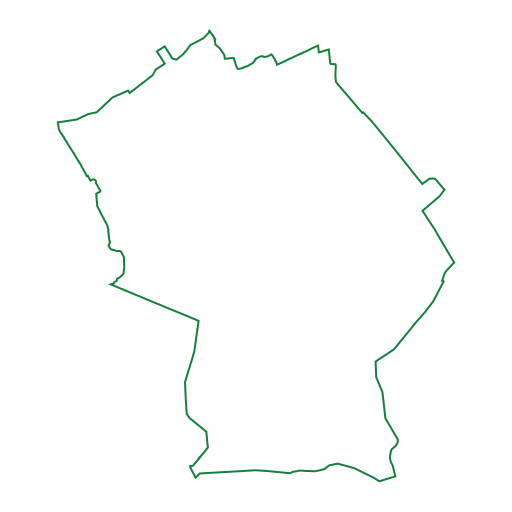 Nunspeet, Gelderland, Netherlands
{"feature_id": "6326949B93829064241629", "entity_name": "Nunspeet", "entity_type": "district", "adm_level": 2, "iso_a3": "NLD", "parent_name": "Netherlands", "parent_adm1": "Gelderland", "projection": "albers", "projection_center": [5.765, 52.337], "detail": "fine", "context": "isolated", "style": "outline", "palette": "green", "viewbox_px": 512, "rotation_deg": 0, "n_neighbors": 0, "source": "geoboundaries", "source_scale": "gbopen_adm2", "svg_char_len": 5610}
<svg xmlns="http://www.w3.org/2000/svg" viewBox="0 0 512 512"><path d="M395.3,476.3L392.7,465.6L392.2,464.6L391.0,462.5L390.2,459.4L390.0,458.2L390.1,455.7L390.6,453.0L390.9,451.2L391.0,450.7L391.3,450.2L391.6,449.6L392.0,449.1L392.3,448.7L393.6,447.7L394.2,447.1L395.4,446.3L395.8,445.9L396.1,445.2L396.6,444.6L397.6,442.5L397.7,442.0L397.9,439.7L395.9,436.2L394.7,434.2L385.5,418.5L385.4,418.3L385.4,418.0L385.0,414.9L383.1,397.8L382.4,392.1L377.7,380.8L376.2,377.1L375.7,363.7L375.6,361.6L379.1,359.2L391.8,350.8L394.2,349.1L394.3,349.0L395.5,347.5L408.0,332.2L415.5,322.9L417.9,320.1L425.4,311.7L427.0,309.4L433.3,301.3L437.2,293.8L438.5,291.2L443.6,281.6L443.6,281.4L443.5,281.2L443.4,281.0L442.6,280.3L442.3,280.4L444.9,272.8L445.3,272.1L446.2,271.1L452.1,264.6L454.2,262.6L450.5,256.5L434.2,228.6L428.1,219.4L422.5,210.8L439.0,196.7L439.8,195.9L441.4,193.8L442.3,192.6L444.4,189.7L437.4,181.5L436.7,180.6L434.9,178.7L432.3,178.5L429.5,178.7L424.0,182.7L422.4,184.0L417.3,177.8L399.8,155.8L390.4,144.2L380.7,132.2L371.1,120.6L363.2,112.4L362.3,112.9L336.9,83.2L336.6,82.7L336.0,81.9L335.9,81.5L335.6,78.4L335.4,76.3L335.4,75.2L335.4,74.6L335.5,71.6L335.8,67.2L335.7,65.3L335.5,64.4L335.4,64.2L335.2,64.1L331.1,64.1L330.6,63.7L330.2,63.2L328.8,49.5L323.9,50.9L323.8,51.0L318.8,52.4L318.5,49.2L318.1,45.6L315.0,46.9L306.6,51.0L302.3,52.9L301.7,53.3L301.7,53.2L300.4,53.8L294.0,56.8L292.0,57.7L291.7,58.0L291.4,58.0L287.8,59.7L283.8,61.7L280.5,63.1L277.9,64.3L277.1,64.7L276.8,63.9L276.5,62.5L276.4,62.1L276.2,61.9L275.8,61.5L275.6,61.1L275.1,60.1L274.9,59.4L274.1,58.5L273.5,57.2L272.6,55.8L271.8,54.8L271.2,54.5L271.1,54.4L269.3,55.6L268.1,56.1L267.6,56.4L266.8,56.5L265.6,56.8L264.2,56.9L263.6,56.9L263.2,56.8L262.7,56.2L261.1,56.3L259.8,56.7L259.2,57.0L255.6,58.9L255.4,59.2L255.5,59.9L255.4,60.1L254.4,61.0L253.7,61.9L253.1,62.5L252.6,63.1L252.0,63.5L247.7,66.0L247.0,66.2L243.7,67.3L243.8,67.4L242.4,68.1L240.1,68.6L237.9,69.0L237.2,68.1L236.8,67.5L236.6,66.9L234.9,61.9L233.9,58.4L233.8,58.1L232.3,58.2L230.2,58.1L228.6,58.5L224.8,58.7L224.4,55.4L224.2,55.0L223.4,53.6L221.0,50.0L220.2,48.9L219.7,48.3L219.2,47.8L218.3,47.1L217.3,46.1L216.4,45.5L215.5,44.8L215.5,44.1L215.2,42.8L215.1,41.9L214.9,41.2L214.8,40.8L214.6,40.4L214.9,40.3L215.1,40.1L215.3,39.8L215.3,39.6L215.2,39.4L214.8,39.4L214.7,39.3L214.7,39.2L214.9,38.9L214.5,38.4L214.3,37.9L214.1,37.7L213.9,37.4L214.0,37.1L213.8,36.7L213.3,36.2L213.0,35.9L212.9,35.8L212.8,35.2L212.2,34.6L211.9,34.3L211.8,34.1L209.5,30.7L209.1,31.1L208.9,32.6L203.2,38.4L190.5,45.0L186.7,50.0L182.7,54.6L176.5,59.6L172.5,58.7L164.7,46.4L156.9,51.4L164.8,63.7L155.6,69.6L152.8,75.1L129.7,93.0L128.1,90.6L112.4,97.5L96.7,112.3L88.3,114.0L76.8,119.5L57.8,122.4L58.4,126.2L58.5,126.5L58.5,127.2L58.6,128.4L58.8,129.0L59.1,129.6L59.5,130.5L59.9,131.0L59.9,131.5L60.2,132.0L60.7,132.7L61.0,133.0L61.5,133.8L62.0,134.5L62.5,135.1L62.9,136.1L64.1,137.5L64.3,138.2L64.4,138.6L64.8,139.1L65.2,139.6L65.3,139.9L67.0,142.6L67.6,143.7L68.1,144.4L69.5,146.6L74.4,154.4L75.7,156.7L76.1,157.2L76.4,157.7L76.5,158.0L77.2,158.9L77.3,159.2L77.5,159.9L77.9,160.4L78.0,160.4L78.2,160.5L78.4,160.7L78.6,161.1L79.0,162.0L79.5,163.0L80.0,163.4L80.4,164.2L81.2,165.5L81.6,166.6L82.1,167.3L82.4,167.9L83.2,169.2L83.5,170.0L85.9,174.2L86.3,175.1L86.9,176.2L87.1,176.3L87.3,176.2L87.7,175.9L87.8,175.9L88.0,175.9L89.4,178.6L90.5,180.6L91.8,179.8L92.3,179.7L93.4,179.4L93.9,179.4L94.4,179.5L95.1,179.9L95.5,180.5L95.9,181.1L96.1,181.6L96.1,181.9L95.9,182.6L96.0,183.0L96.9,184.6L98.9,188.3L99.4,189.3L99.5,189.5L100.0,189.9L100.1,190.0L100.3,190.7L100.4,191.1L100.4,191.4L100.2,191.7L99.0,192.3L96.5,193.5L96.4,193.6L96.2,194.0L96.3,194.3L96.2,194.7L96.3,195.1L96.7,195.5L96.4,196.1L96.4,196.4L96.4,196.7L97.1,203.7L97.2,205.0L97.1,205.4L97.1,205.8L97.3,206.3L100.1,211.6L101.5,214.5L106.8,224.5L107.7,226.3L107.5,226.8L107.5,227.1L107.7,227.7L108.2,228.8L108.3,229.0L108.2,229.5L108.5,230.1L108.4,230.7L108.3,230.9L108.1,231.1L108.1,231.3L108.2,231.8L108.6,232.6L108.6,233.6L108.5,234.2L108.6,234.5L108.8,235.3L108.8,235.5L108.9,237.4L109.1,238.6L109.3,240.1L109.7,241.5L110.0,241.8L110.1,242.3L110.0,242.6L109.9,242.9L109.5,243.3L109.3,243.7L108.6,245.4L108.6,245.6L109.7,247.7L110.9,249.2L111.3,249.4L111.7,249.6L113.6,250.0L115.1,250.4L116.1,250.9L117.2,251.0L119.0,251.0L120.1,251.1L120.3,251.2L120.6,251.4L120.8,251.5L121.2,252.0L121.8,253.1L123.9,257.1L124.1,258.7L124.1,259.4L124.0,260.9L124.0,261.3L124.2,266.9L124.2,268.1L123.8,270.3L123.5,273.5L123.4,273.7L123.2,274.0L121.2,276.1L119.4,277.5L118.5,278.1L117.1,278.8L117.0,279.0L116.9,279.2L116.8,280.2L116.7,280.5L116.6,280.9L116.4,281.1L116.0,281.5L114.7,281.8L114.3,282.1L114.1,282.3L113.8,283.5L113.6,283.7L113.2,283.9L112.3,283.9L111.8,284.0L110.7,284.4L111.2,284.6L151.3,301.3L188.0,316.4L194.5,319.1L198.6,321.0L194.3,351.3L192.2,358.7L190.7,363.5L190.2,365.2L186.9,375.9L185.0,382.1L185.4,391.5L185.7,397.2L185.8,399.6L185.9,401.7L186.7,413.7L186.8,413.7L187.8,415.5L189.1,417.3L189.2,417.6L189.3,417.8L189.9,418.4L193.0,420.8L206.3,431.7L206.6,434.6L207.7,446.2L207.8,446.5L207.9,446.9L207.9,447.2L207.7,447.6L206.2,449.7L204.3,452.1L199.4,457.6L199.8,457.6L192.9,465.8L190.2,466.2L190.3,466.4L190.2,467.2L195.6,477.7L199.6,473.6L203.9,473.2L234.8,471.5L254.8,470.3L256.2,470.3L267.0,471.0L290.0,473.2L292.8,471.8L295.1,471.5L297.1,471.1L298.7,470.7L299.8,470.6L301.0,470.6L306.3,471.0L308.9,471.0L314.7,471.3L319.3,470.4L321.2,469.9L322.4,469.5L324.4,469.1L329.2,465.4L337.5,463.6L353.9,468.0L364.9,473.4L374.0,477.9L375.6,478.9L379.4,481.3L385.4,479.4L395.3,476.3Z" fill="none" stroke="#15803d" stroke-width="2"/></svg>